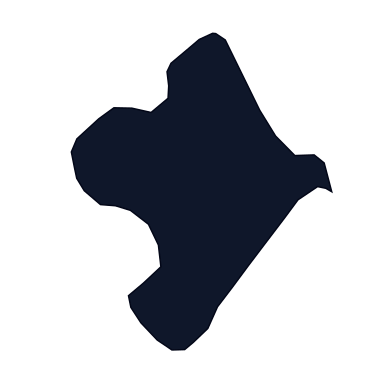 the Unitary District (city) of Aberdeen, rotated 320°
{"feature_id": "GBR-2012", "entity_name": "Aberdeen", "entity_type": "Unitary District (city)", "adm_level": 1, "iso_a3": "GBR", "parent_name": "United Kingdom", "parent_adm1": "", "projection": "albers", "projection_center": [-2.195, 57.162], "detail": "fine", "context": "isolated", "style": "filled", "palette": "ink", "viewbox_px": 384, "rotation_deg": 320, "n_neighbors": 0, "source": "natural_earth", "source_scale": "10m", "svg_char_len": 747}
<svg xmlns="http://www.w3.org/2000/svg" viewBox="0 0 384 384"><g transform="rotate(320 192 192)"><path d="M315.2,96.9L296.4,173.0L292.0,202.9L294.2,230.2L309.4,242.1L311.9,254.7L299.2,281.6L296.9,275.2L291.7,268.6L268.2,266.1L246.1,271.4L211.2,279.3L188.4,284.5L161.3,291.0L137.8,296.3L116.4,306.7L96.5,308.0L85.1,308.0L75.1,300.1L70.2,283.0L68.8,259.4L71.0,241.1L76.7,230.6L95.9,230.6L120.1,229.3L132.2,211.0L137.9,188.7L133.0,166.4L124.5,153.3L113.8,142.8L110.3,121.8L112.5,107.4L117.4,98.2L125.3,83.8L138.0,77.3L167.8,76.0L186.3,77.3L199.8,89.1L211.8,104.8L223.2,104.8L233.9,104.8L242.4,95.7L250.2,83.8L258.7,79.9L269.3,79.9L278.5,79.9L295.6,79.8L309.8,83.7L312.0,85.9L315.2,96.9Z" fill="#0f172a" stroke="#020617" stroke-width="1.5"/></g></svg>